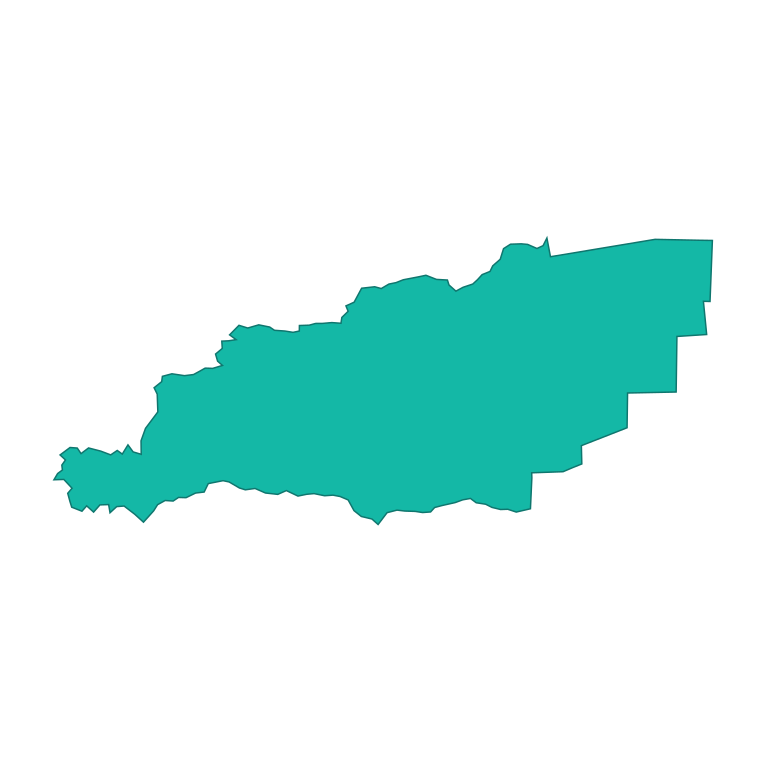 Vera Cruz, Rio Grande do Sul, Brazil (Equal Earth projection), rotated 88°
{"feature_id": "56859067B93836063527687", "entity_name": "Vera Cruz", "entity_type": "district", "adm_level": 2, "iso_a3": "BRA", "parent_name": "Brazil", "parent_adm1": "Rio Grande do Sul", "projection": "equal_earth", "projection_center": [-52.528, -29.73], "detail": "fine", "context": "isolated", "style": "filled", "palette": "teal", "viewbox_px": 768, "rotation_deg": 88, "n_neighbors": 0, "source": "geoboundaries", "source_scale": "gbopen_adm2", "svg_char_len": 2107}
<svg xmlns="http://www.w3.org/2000/svg" viewBox="0 0 768 768"><g transform="rotate(88 384 384)"><path d="M320.3,526.9L329.5,536.6L334.5,530.3L335.4,537.7L335.5,544.6L342.8,544.4L348.2,551.3L355.4,549.5L359.8,544.8L362.4,554.6L361.9,562.2L365.0,568.2L367.9,574.0L368.7,583.1L366.4,595.6L368.6,605.2L373.9,606.1L379.7,613.9L386.2,611.0L404.0,611.0L420.0,623.9L432.3,628.8L445.8,629.1L443.1,637.1L435.9,642.0L444.9,648.0L441.1,652.9L445.3,659.6L441.2,669.4L437.6,681.5L443.0,689.2L437.3,692.8L436.5,700.0L443.6,710.2L448.8,705.0L453.8,708.8L458.7,708.4L462.1,713.3L468.2,717.2L468.2,707.3L477.3,699.4L482.2,703.9L489.9,702.1L496.2,700.4L500.6,690.3L495.4,685.4L501.9,678.7L494.9,672.1L494.9,663.4L503.1,662.3L497.2,655.4L496.9,648.0L505.6,637.5L513.7,629.2L507.6,623.3L502.7,618.6L496.7,614.5L492.8,606.8L493.6,598.8L490.2,593.3L490.7,585.8L486.4,576.1L485.7,567.5L477.4,563.1L475.0,548.2L476.5,542.2L482.9,532.1L484.9,526.3L483.9,516.5L488.8,506.3L490.6,494.0L487.1,485.3L493.0,473.9L491.5,465.0L491.1,457.7L493.6,447.3L493.3,438.9L494.9,431.8L498.6,423.9L509.5,418.4L515.6,411.3L518.5,400.8L524.2,394.8L512.7,385.4L510.5,375.4L511.7,367.6L512.4,357.3L513.8,349.9L513.5,341.9L509.2,337.7L507.5,330.3L505.0,317.0L502.5,309.3L501.4,301.6L505.9,296.0L507.7,286.6L511.1,280.4L513.5,271.9L513.5,264.7L516.6,256.3L513.8,242.0L482.9,239.5L477.9,239.5L477.9,208.1L474.2,198.5L470.8,189.1L452.5,188.9L436.2,142.6L401.5,140.9L402.2,92.3L346.7,89.6L345.8,59.8L312.5,61.9L312.9,55.3L252.0,50.8L251.3,64.7L248.9,108.1L262.6,213.2L243.8,216.1L251.3,220.2L253.9,226.4L249.5,235.6L248.7,242.0L248.7,252.7L252.9,259.8L263.4,263.5L269.7,271.2L275.2,274.1L278.1,282.1L283.0,286.9L287.2,291.8L290.1,301.6L293.7,308.9L287.3,315.6L282.3,317.0L281.3,327.9L276.8,338.3L278.1,345.7L280.5,361.1L283.1,368.4L284.3,375.6L288.5,383.4L286.5,389.9L287.5,403.0L301.2,411.0L304.6,419.3L310.1,417.3L316.0,423.8L321.8,424.9L320.8,434.0L321.3,443.5L321.1,450.3L322.6,456.7L322.6,466.5L328.1,466.8L329.2,473.1L327.6,481.2L326.5,491.6L323.1,496.2L320.5,507.1L323.3,518.2L320.3,526.9Z" fill="#14b8a6" stroke="#0f766e" stroke-width="1.5"/></g></svg>